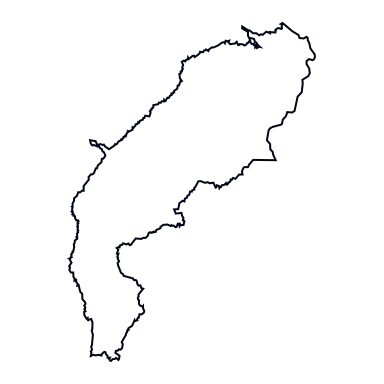 the district of San Pablo, Bolívar, Colombia
{"feature_id": "7082276B74291160895840", "entity_name": "San Pablo", "entity_type": "district", "adm_level": 2, "iso_a3": "COL", "parent_name": "Colombia", "parent_adm1": "Bolívar", "projection": "natural_earth1", "projection_center": [-74.204, 7.362], "detail": "fine", "context": "isolated", "style": "outline", "palette": "ink", "viewbox_px": 384, "rotation_deg": 0, "n_neighbors": 0, "source": "geoboundaries", "source_scale": "gbopen_adm2", "svg_char_len": 5872}
<svg xmlns="http://www.w3.org/2000/svg" viewBox="0 0 384 384"><path d="M77.1,233.3L77.2,237.8L76.6,237.6L77.0,239.0L74.8,240.6L74.7,242.8L73.8,244.3L74.2,246.8L73.4,250.9L72.5,251.6L72.9,252.3L71.2,254.2L70.8,253.7L71.6,255.2L71.1,256.5L71.7,257.2L69.6,258.4L70.3,258.5L69.9,260.0L71.5,262.7L69.1,266.2L70.0,267.4L69.4,270.1L70.9,272.5L73.2,272.5L73.5,277.2L74.5,278.4L74.4,280.5L75.9,279.5L76.3,280.0L76.0,281.6L77.7,283.9L77.3,285.6L78.6,285.1L80.2,291.7L82.2,293.9L82.4,299.2L85.1,302.2L85.5,303.8L84.2,305.6L85.3,307.2L85.1,308.7L84.4,309.2L85.5,311.3L84.1,311.9L84.3,314.9L86.5,318.7L87.7,317.9L88.1,321.0L88.6,319.7L91.2,319.0L92.5,322.6L92.3,329.3L91.7,330.3L92.9,334.8L91.9,345.4L91.2,346.5L92.0,349.8L90.8,351.6L91.4,352.5L90.8,356.0L93.5,354.8L95.5,355.4L99.3,354.8L101.4,355.6L101.9,354.0L104.3,351.8L105.5,352.3L105.9,354.2L107.4,355.6L107.7,357.8L110.0,357.7L109.2,359.1L110.0,360.6L110.9,361.0L112.6,359.2L114.9,358.9L116.1,357.9L118.4,359.9L119.1,358.7L119.5,355.7L115.4,352.9L115.8,350.9L117.8,350.6L118.9,349.3L120.3,349.7L122.0,348.3L122.8,344.2L121.7,342.1L125.9,334.9L126.0,333.6L127.3,331.8L127.1,330.7L128.5,329.9L128.0,329.5L128.5,328.2L132.1,325.8L134.6,320.1L135.0,321.1L137.4,320.3L137.1,319.3L138.1,317.5L138.8,317.6L139.5,314.2L141.4,314.4L143.8,312.7L144.3,311.1L143.0,308.1L143.0,305.9L142.4,306.5L140.4,305.8L138.9,303.8L139.1,300.3L138.0,299.5L137.8,297.7L138.6,296.6L138.5,294.5L143.2,288.7L141.4,288.1L140.4,285.4L138.8,285.7L137.5,284.4L136.8,281.2L135.8,280.0L134.3,280.2L133.3,279.5L133.2,278.5L123.5,275.8L123.3,274.4L121.0,272.8L118.0,265.1L117.7,262.9L119.1,261.3L117.8,259.0L118.0,257.6L117.3,257.0L118.2,254.3L117.6,254.6L117.5,253.3L117.0,253.3L118.3,249.5L116.7,248.0L118.9,246.8L119.6,247.2L120.2,245.2L122.0,244.9L123.1,243.3L126.3,244.4L128.5,243.5L129.7,245.2L130.8,244.9L135.7,238.5L141.4,238.9L143.3,237.8L145.4,238.0L147.7,235.9L148.8,232.8L150.3,232.2L151.1,232.9L153.8,231.5L154.5,231.7L154.2,232.2L155.7,231.9L156.4,229.9L160.3,228.3L160.3,227.1L163.2,224.9L167.4,224.5L170.6,226.0L171.5,225.1L172.2,225.8L173.8,225.6L175.4,227.2L176.6,226.9L177.8,223.7L179.6,223.7L179.1,224.6L179.6,226.3L180.4,225.1L183.5,225.0L184.4,221.1L182.9,220.4L183.5,218.1L182.1,215.9L181.4,212.9L175.8,213.6L174.1,209.4L178.2,209.1L179.4,203.2L182.7,200.7L184.4,201.4L185.0,198.5L186.8,197.9L187.3,196.0L189.3,194.7L190.1,191.5L191.9,191.6L192.3,190.2L194.4,189.5L194.1,187.9L195.5,186.7L198.3,181.3L200.6,181.1L204.9,182.8L207.6,182.2L209.8,183.3L211.2,182.9L211.1,182.3L211.7,183.1L213.4,182.7L215.6,187.6L216.3,187.3L216.8,185.3L218.9,185.9L219.4,188.0L220.0,187.0L220.9,187.1L221.8,185.3L224.5,184.8L226.0,183.0L226.9,184.6L228.3,183.4L228.3,182.6L230.3,181.5L230.7,179.5L231.9,179.7L232.9,178.0L235.4,178.8L239.1,174.6L242.5,174.5L241.9,171.4L243.4,168.0L244.3,167.1L248.0,167.1L249.1,164.6L253.2,159.9L275.7,160.2L273.3,155.0L272.6,151.7L270.3,149.3L270.1,144.0L266.9,140.3L268.6,130.5L269.8,128.5L272.3,127.0L281.2,124.6L282.0,123.8L282.8,119.6L285.9,116.3L287.3,112.1L292.3,112.5L294.6,110.8L297.6,96.7L301.7,92.3L302.7,83.9L302.4,79.8L308.2,76.2L309.8,73.2L309.2,68.5L306.5,64.0L306.6,61.0L309.1,59.1L312.6,60.2L314.1,59.2L314.9,57.2L314.7,54.4L310.4,48.4L309.3,43.2L307.7,39.9L307.7,38.0L306.4,36.8L303.7,38.5L299.5,38.0L298.5,35.0L292.4,31.3L282.6,23.0L280.9,24.0L282.4,24.5L281.6,26.3L282.0,28.5L281.2,28.9L278.2,28.0L276.8,28.7L275.3,30.2L275.8,30.6L275.4,32.5L270.8,32.1L270.2,33.3L269.2,32.0L268.4,32.6L266.3,31.7L262.7,34.8L261.0,34.3L259.3,35.3L256.2,33.2L253.1,33.3L249.6,30.4L248.3,30.4L242.2,26.5L242.1,28.3L248.0,32.0L248.0,35.7L249.6,39.0L250.7,38.1L254.0,38.9L254.9,41.5L256.8,43.1L256.6,43.8L260.1,47.0L259.0,46.8L257.0,48.0L256.5,46.2L256.2,47.5L255.5,47.5L255.8,46.4L255.3,46.9L255.4,45.9L254.7,45.6L255.5,45.2L254.5,45.0L254.0,43.6L251.8,44.0L249.8,41.9L250.4,41.2L249.9,40.4L247.8,43.1L247.0,43.2L246.5,44.4L244.5,45.5L243.0,44.4L239.5,44.1L239.0,45.1L237.9,44.8L236.7,41.8L234.9,43.5L230.1,44.2L228.4,42.2L229.1,40.7L226.7,41.3L225.6,40.8L224.9,43.3L224.0,42.2L221.9,42.6L218.5,45.2L213.5,47.5L211.8,47.4L208.8,49.6L208.4,51.0L206.0,49.5L205.4,50.3L204.1,50.4L203.0,52.2L200.1,51.8L200.1,52.7L197.9,54.9L194.7,57.1L194.0,55.7L192.4,56.0L188.8,59.1L188.0,57.5L187.6,59.3L185.9,60.0L185.3,61.4L183.7,60.7L181.8,61.8L183.2,65.2L182.2,67.3L182.9,69.1L182.2,69.6L181.8,71.5L180.7,71.5L180.7,73.5L179.4,73.9L179.9,78.2L180.9,79.4L180.5,80.1L181.8,81.0L179.9,82.5L179.1,85.4L177.7,85.5L177.2,88.8L174.1,90.8L174.2,92.2L173.2,92.4L173.0,93.4L171.4,93.5L171.7,94.9L170.0,95.7L168.7,98.0L167.3,97.7L165.7,100.7L164.2,99.7L164.4,101.4L161.6,101.3L160.7,102.8L158.9,102.6L158.2,104.1L153.3,105.2L153.3,107.5L151.8,108.3L151.7,109.6L150.8,109.7L150.6,111.0L149.9,111.3L150.6,113.0L149.4,116.4L145.2,115.7L144.3,118.0L143.1,118.1L142.9,119.6L139.9,120.8L139.2,122.6L138.2,122.1L137.7,123.7L135.6,124.4L135.5,125.5L133.3,127.9L132.6,127.4L132.5,129.7L129.3,131.4L128.2,131.1L128.5,131.7L126.8,133.0L125.9,136.1L125.2,135.6L124.4,136.9L123.5,136.9L123.3,138.3L121.4,139.2L121.8,139.9L118.6,141.4L116.9,143.9L115.6,144.7L115.0,144.2L114.0,145.9L109.0,149.2L105.0,146.4L103.9,144.6L102.9,145.0L100.5,144.1L97.3,145.0L95.6,141.2L90.1,140.2L90.6,143.1L91.8,145.1L92.8,145.5L93.7,144.9L97.7,146.6L99.2,146.5L100.0,148.2L102.0,149.4L102.5,151.3L104.0,152.3L105.4,155.6L103.4,158.6L101.8,158.9L101.5,162.1L97.7,165.6L97.1,168.3L95.8,168.4L93.9,173.1L92.5,174.3L91.1,174.3L88.6,176.9L88.8,179.7L83.7,186.0L83.6,190.8L82.3,190.6L79.9,192.4L78.3,192.2L76.8,196.0L74.0,198.4L74.1,200.6L72.6,203.4L72.6,206.3L71.9,206.7L72.6,207.4L72.0,209.7L72.6,211.3L71.7,211.7L72.9,212.9L72.4,214.3L73.7,214.5L73.4,215.7L75.1,216.3L75.0,218.1L76.4,220.4L78.1,220.3L78.6,221.1L77.7,222.5L78.3,223.4L77.5,223.8L77.9,225.9L77.2,226.6L78.0,227.5L77.5,229.7L78.3,230.5L77.6,231.9L78.0,232.5L77.1,233.3Z" fill="none" stroke="#020617" stroke-width="2"/></svg>